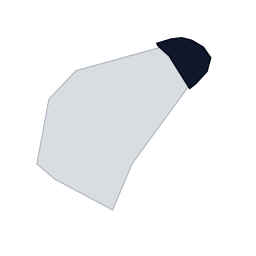 Saint Lucy on a map of Barbados (orthographic projection), rotated 76°
{"feature_id": "BRB-1995", "entity_name": "Saint Lucy", "entity_type": "Parish", "adm_level": 1, "iso_a3": "BRB", "parent_name": "Barbados", "parent_adm1": "", "projection": "orthographic", "projection_center": [-59.624, 13.309], "detail": "fine", "context": "in_parent", "style": "filled", "palette": "ink", "viewbox_px": 256, "rotation_deg": 76, "n_neighbors": 0, "source": "natural_earth", "source_scale": "10m", "svg_char_len": 467}
<svg xmlns="http://www.w3.org/2000/svg" viewBox="0 0 256 256"><g transform="rotate(76 128 128)"><path d="M159.9,211.5L140.8,225.2L80.8,197.7L59.7,164.5L57.1,59.4L94.0,49.3L163.5,132.5L203.9,162.8L159.9,211.5Z" fill="#d9dde1" stroke="#a8b0b8" stroke-width="1"/><path d="M52.9,79.5L52.1,64.9L53.4,54.2L58.2,45.2L67.7,35.4L79.8,30.8L92.1,37.6L101.3,51.5L104.5,58.5L103.9,58.9L68.0,70.6L55.6,78.9L52.9,79.5Z" fill="#0f172a" stroke="#020617" stroke-width="1.5"/></g></svg>